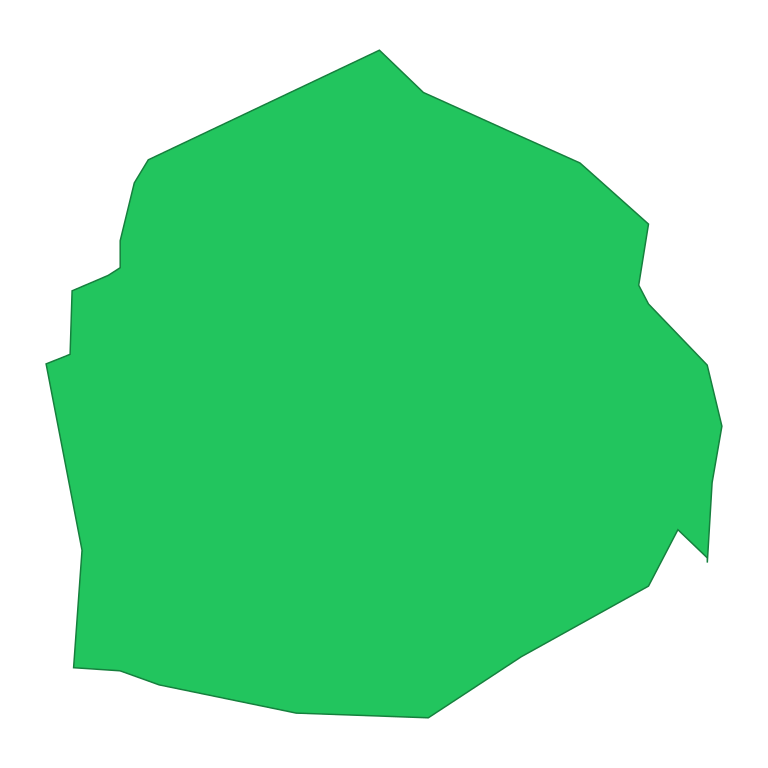 outline of Michuhol-gu [Nam-gu], Incheon, South Korea
{"feature_id": "91817680B16033238555875", "entity_name": "Michuhol-gu [Nam-gu]", "entity_type": "district", "adm_level": 2, "iso_a3": "KOR", "parent_name": "South Korea", "parent_adm1": "Incheon", "projection": "robinson", "projection_center": [126.663, 37.445], "detail": "fine", "context": "isolated", "style": "filled", "palette": "green", "viewbox_px": 768, "rotation_deg": 0, "n_neighbors": 0, "source": "geoboundaries", "source_scale": "gbopen_adm2", "svg_char_len": 530}
<svg xmlns="http://www.w3.org/2000/svg" viewBox="0 0 768 768"><path d="M82.0,550.7L73.6,667.7L120.0,670.8L159.2,684.9L296.2,713.1L428.3,717.8L521.3,656.7L648.5,586.1L677.9,529.7L707.3,557.9L707.3,562.6L712.1,482.7L721.9,426.2L707.2,365.1L648.5,304.0L638.7,285.2L648.5,224.1L605.7,185.9L580.0,163.0L506.6,130.1L448.2,103.7L423.4,92.5L379.4,50.2L148.3,159.8L134.3,182.9L120.2,240.7L120.2,267.7L108.2,275.4L72.1,290.8L70.1,354.3L46.1,363.9L82.0,550.1L82.1,550.7L82.0,550.7Z" fill="#22c55e" stroke="#15803d" stroke-width="1.5"/></svg>